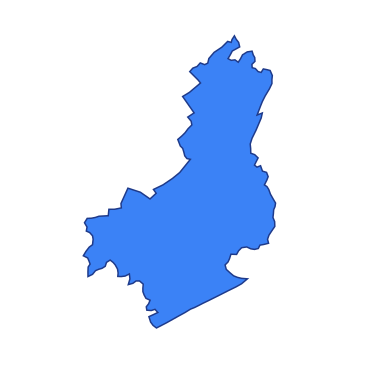 Ipumirim, Santa Catarina, Brazil (Mercator projection), rotated 235°
{"feature_id": "56859067B73959193279849", "entity_name": "Ipumirim", "entity_type": "district", "adm_level": 2, "iso_a3": "BRA", "parent_name": "Brazil", "parent_adm1": "Santa Catarina", "projection": "mercator", "projection_center": [-52.147, -27.04], "detail": "fine", "context": "isolated", "style": "filled", "palette": "blue", "viewbox_px": 384, "rotation_deg": 235, "n_neighbors": 0, "source": "geoboundaries", "source_scale": "gbopen_adm2", "svg_char_len": 2520}
<svg xmlns="http://www.w3.org/2000/svg" viewBox="0 0 384 384"><g transform="rotate(235 192 192)"><path d="M246.7,325.7L249.3,323.5L251.9,321.0L250.3,317.2L252.7,315.2L256.8,314.7L259.3,312.6L262.2,314.3L262.9,318.5L266.1,320.5L269.2,320.8L272.9,322.0L275.1,317.6L275.4,312.1L273.2,307.9L271.8,304.3L275.6,303.0L277.4,299.6L280.6,298.0L282.4,302.0L284.4,305.9L283.9,310.5L283.5,314.3L287.8,316.0L291.8,315.8L295.6,316.3L294.0,312.3L292.1,309.9L294.9,307.6L293.5,299.4L293.7,290.2L291.7,282.4L288.5,278.8L289.1,275.4L293.0,272.8L291.9,268.2L293.0,263.7L291.9,259.2L280.5,261.2L276.4,261.5L275.1,247.1L275.6,239.1L255.6,239.1L255.8,231.5L250.4,231.9L247.0,230.3L246.1,225.1L244.5,220.3L243.7,215.6L243.2,210.5L236.4,208.8L233.1,209.4L229.4,208.2L225.8,206.8L222.3,207.0L219.7,209.4L215.0,193.1L214.3,183.7L214.5,172.2L216.2,161.9L211.5,161.9L210.4,153.6L221.4,149.6L231.9,141.7L223.3,127.2L219.5,125.0L222.2,118.8L225.5,114.0L220.6,109.8L225.5,101.9L226.6,98.2L228.2,94.6L230.5,91.0L228.5,86.3L223.5,85.9L220.6,83.0L217.5,84.9L213.2,85.4L210.0,83.9L205.9,80.3L205.8,76.2L204.2,71.1L202.1,66.4L197.8,68.7L194.4,68.0L191.4,67.2L190.1,63.9L186.6,61.2L182.4,58.3L181.6,63.3L182.9,67.8L182.2,71.3L181.1,74.4L180.9,78.3L183.4,81.6L183.2,85.9L179.5,87.0L176.4,87.3L171.6,86.8L168.0,85.0L165.4,82.8L163.4,85.4L161.5,89.0L160.8,93.7L156.4,91.3L152.7,86.7L151.1,91.2L151.2,95.2L149.2,98.0L144.5,99.2L141.4,96.6L138.5,94.6L135.0,93.7L131.3,93.3L127.4,95.6L125.3,92.3L124.2,88.7L121.1,87.2L118.3,90.6L117.1,94.4L112.9,94.9L113.7,90.1L114.6,85.2L109.2,83.5L105.0,83.6L101.0,84.9L99.5,95.9L98.1,109.8L97.3,117.0L96.9,123.6L95.9,127.9L95.2,132.5L94.6,137.0L93.5,143.8L92.9,147.8L91.5,157.2L90.5,164.3L89.7,169.4L89.0,173.9L88.4,180.0L89.1,187.6L92.9,183.0L96.1,180.2L99.5,178.0L104.0,176.8L109.0,175.7L113.3,177.3L114.0,181.3L115.8,184.4L118.7,188.2L115.3,192.7L117.1,196.4L117.9,200.7L115.6,205.3L111.7,207.6L109.1,210.3L107.7,213.9L109.5,217.2L107.9,220.6L106.1,225.3L110.0,226.8L112.5,230.3L114.3,234.8L116.3,240.1L120.3,242.7L124.7,243.7L127.5,246.2L130.6,248.7L132.4,251.6L135.0,254.1L139.8,254.5L145.1,255.0L150.0,256.3L153.4,256.5L156.3,255.4L158.8,260.1L160.9,263.2L165.3,264.3L168.7,261.7L174.2,263.2L175.1,259.5L178.2,258.6L180.0,261.9L182.0,265.7L186.6,264.8L190.1,262.4L194.0,265.0L197.9,267.2L201.5,271.9L205.9,279.9L210.9,287.9L212.9,291.1L216.4,294.9L217.7,289.5L223.2,297.6L225.8,301.6L228.8,307.2L232.1,314.6L235.0,319.7L238.2,321.9L241.3,324.6L246.7,325.7Z" fill="#3b82f6" stroke="#1e3a8a" stroke-width="1.5"/></g></svg>